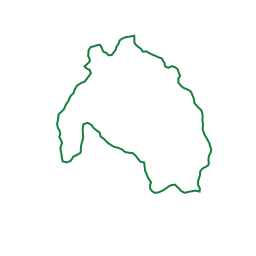 the district of Serrania, Minas Gerais, Brazil, rotated 63°
{"feature_id": "56859067B74246895734471", "entity_name": "Serrania", "entity_type": "district", "adm_level": 2, "iso_a3": "BRA", "parent_name": "Brazil", "parent_adm1": "Minas Gerais", "projection": "albers", "projection_center": [-46.094, -21.571], "detail": "fine", "context": "isolated", "style": "outline", "palette": "green", "viewbox_px": 256, "rotation_deg": 63, "n_neighbors": 0, "source": "geoboundaries", "source_scale": "gbopen_adm2", "svg_char_len": 2164}
<svg xmlns="http://www.w3.org/2000/svg" viewBox="0 0 256 256"><g transform="rotate(63 128 128)"><path d="M81.5,66.2L78.5,69.0L75.7,71.2L73.1,73.5L70.7,75.2L68.2,76.8L66.7,80.2L63.3,80.5L60.1,82.2L56.8,83.4L54.3,83.4L51.6,81.9L48.6,80.6L47.7,84.2L46.2,88.1L45.7,92.2L46.2,95.7L48.6,98.2L50.3,101.3L52.7,103.5L53.9,105.8L55.6,109.4L54.3,112.5L51.6,113.0L48.6,115.4L45.0,115.0L41.2,115.1L40.2,118.2L39.7,121.5L38.9,124.6L40.9,127.9L43.2,129.2L45.6,130.8L48.6,130.8L51.1,131.6L52.4,135.0L53.5,138.8L56.3,137.7L58.9,135.8L62.4,136.2L64.0,139.4L65.2,141.8L67.0,145.5L66.6,149.6L67.1,154.0L69.2,157.7L72.1,160.5L73.3,164.4L75.1,166.9L76.9,169.0L78.2,171.3L79.5,173.5L82.1,176.4L83.2,179.6L84.3,183.7L87.1,185.4L89.4,187.1L92.3,189.4L96.2,190.4L99.4,190.2L102.5,191.0L104.7,193.2L107.6,193.3L111.5,193.5L113.9,196.3L116.4,197.9L119.3,198.6L121.8,199.4L124.6,200.5L128.2,201.3L130.9,198.0L131.3,194.2L130.1,192.0L128.7,189.7L128.8,186.1L128.6,181.7L126.3,180.0L123.7,178.7L120.4,176.1L117.8,173.6L115.6,171.9L113.0,171.0L110.6,169.9L107.9,168.6L104.4,166.1L105.1,161.7L108.8,159.1L112.3,158.7L115.8,157.1L119.4,155.3L123.3,156.3L126.9,154.3L130.6,153.3L133.5,152.0L135.7,150.7L138.6,148.9L141.3,145.6L144.7,142.9L148.1,141.5L150.6,138.2L152.8,134.9L156.5,133.7L160.5,133.0L163.7,132.2L166.0,129.3L170.0,130.7L173.9,132.2L177.6,132.3L180.5,132.7L184.2,132.5L186.9,132.1L188.8,134.2L192.2,135.8L195.3,135.2L198.0,133.5L199.2,130.3L199.5,125.5L199.2,122.6L198.7,119.5L198.4,115.9L199.8,111.8L202.8,110.9L205.1,110.0L208.1,109.3L211.4,107.1L212.4,103.0L213.2,100.4L214.3,96.6L217.1,93.1L214.4,91.4L210.7,91.4L207.3,89.8L204.8,87.3L202.8,85.4L199.5,83.4L197.9,80.1L197.9,76.5L197.7,73.5L195.8,71.8L192.9,70.8L189.5,68.5L187.4,65.5L185.0,63.6L181.5,63.1L178.5,62.4L175.1,62.5L172.1,62.6L169.0,62.8L165.9,62.5L162.9,62.1L160.5,60.5L157.5,59.0L154.7,58.1L152.2,56.6L149.1,55.2L145.3,54.7L141.7,56.0L139.1,56.7L135.8,57.5L131.9,56.0L127.7,55.7L124.6,55.4L122.3,56.4L120.0,58.0L118.2,59.8L114.9,61.5L110.8,62.5L107.1,60.9L105.0,57.8L101.8,57.7L98.0,57.1L95.4,58.4L93.0,60.5L92.6,64.8L89.9,67.0L87.3,66.1L84.3,66.2L81.5,66.2Z" fill="none" stroke="#15803d" stroke-width="2"/></g></svg>